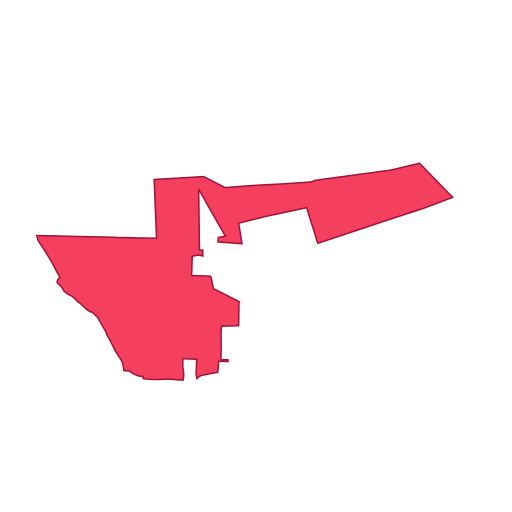 San Sebastián Abasolo, Oaxaca, Mexico, rotated 164°
{"feature_id": "50627088B24853536589407", "entity_name": "San Sebastián Abasolo", "entity_type": "district", "adm_level": 2, "iso_a3": "MEX", "parent_name": "Mexico", "parent_adm1": "Oaxaca", "projection": "mercator", "projection_center": [-96.592, 16.987], "detail": "fine", "context": "isolated", "style": "filled", "palette": "rose", "viewbox_px": 512, "rotation_deg": 164, "n_neighbors": 0, "source": "geoboundaries", "source_scale": "gbopen_adm2", "svg_char_len": 3012}
<svg xmlns="http://www.w3.org/2000/svg" viewBox="0 0 512 512"><g transform="rotate(164 256 256)"><path d="M193.1,251.2L187.2,251.4L121.9,254.2L82.7,255.6L50.8,258.2L73.3,300.1L102.5,301.4L178.0,312.4L182.8,312.0L208.9,317.6L235.3,323.7L236.8,324.0L239.8,324.7L247.4,326.3L266.8,330.3L284.5,346.8L332.8,357.6L334.9,348.8L339.3,331.1L341.6,321.4L343.8,312.6L345.9,303.7L346.7,300.5L347.2,300.6L347.8,300.8L348.5,301.0L349.3,301.2L350.0,301.5L350.9,301.7L351.5,301.9L352.2,302.1L352.9,302.4L353.8,302.6L354.5,302.9L355.4,303.1L355.9,303.3L356.5,303.5L357.0,303.6L357.9,303.9L358.4,304.0L358.5,304.1L358.9,304.2L359.4,304.4L360.4,304.7L361.0,304.8L361.6,305.0L362.3,305.2L362.9,305.4L363.5,305.6L364.1,305.8L365.3,306.2L365.8,306.3L366.6,306.6L367.4,306.8L368.2,307.1L368.9,307.3L369.0,307.4L369.8,307.6L370.6,307.9L371.6,308.2L372.7,308.5L373.5,308.8L374.2,309.0L375.0,309.2L375.6,309.4L376.2,309.6L376.3,309.6L376.8,309.8L377.7,310.0L378.4,310.3L379.1,310.5L380.3,310.8L381.3,311.1L382.0,311.3L382.5,311.5L382.9,311.6L391.6,314.5L399.6,317.0L408.1,319.6L415.6,321.9L422.6,324.1L440.1,329.6L461.1,336.1L461.2,330.9L459.9,326.7L458.3,321.8L455.1,310.6L453.6,304.4L451.8,295.6L450.4,290.5L450.8,289.5L453.5,287.5L454.3,286.1L454.4,284.5L453.2,283.2L452.5,281.5L451.2,279.0L450.8,277.7L450.2,275.0L449.5,274.1L447.9,271.7L445.8,269.8L444.2,268.4L443.2,266.8L441.7,264.9L440.9,262.9L439.7,260.9L437.6,258.3L435.4,254.3L432.9,250.5L431.1,248.5L428.1,246.2L426.4,242.7L425.2,241.0L423.8,234.9L421.3,224.9L421.0,220.8L419.4,214.5L417.3,202.8L415.8,198.2L414.1,192.5L413.8,188.8L414.3,184.0L414.7,182.5L414.1,182.0L411.7,181.2L409.8,180.6L409.2,179.7L406.8,177.0L404.6,175.1L402.8,173.6L402.1,173.1L400.4,172.3L397.7,171.3L398.3,169.2L396.5,168.5L393.9,167.5L392.4,166.9L390.9,166.4L388.9,165.7L386.4,164.9L383.9,164.2L382.8,163.8L382.0,163.7L381.8,163.8L380.9,163.5L378.8,163.0L377.3,162.6L375.9,162.2L374.6,161.9L373.5,161.6L372.9,161.4L371.8,161.0L371.1,160.7L370.6,160.6L370.3,160.5L369.8,160.3L368.2,159.6L366.1,158.8L364.7,158.3L363.8,158.0L361.5,157.2L360.8,157.0L360.3,156.8L359.6,158.2L359.2,159.0L358.6,160.6L358.2,161.8L357.9,162.7L357.7,163.6L357.5,165.1L357.1,168.2L356.4,171.5L355.5,174.5L354.6,177.4L353.4,177.0L350.7,176.1L348.5,175.4L343.6,173.8L341.4,173.0L341.5,172.8L342.6,169.5L344.6,163.7L346.2,158.8L346.4,157.5L346.4,154.4L346.0,154.8L344.3,155.6L342.0,156.2L336.8,155.9L329.1,155.2L325.7,154.8L324.9,154.7L322.0,161.6L321.4,164.0L320.7,165.0L312.0,162.2L311.6,163.5L311.5,164.0L311.9,164.1L318.0,165.8L318.2,166.0L318.4,166.5L317.6,168.2L315.3,175.8L315.0,176.8L314.9,177.1L313.1,183.3L311.9,188.0L311.7,188.6L310.0,194.2L308.5,198.1L301.9,196.3L291.9,193.8L291.7,194.3L285.0,216.6L284.7,216.7L305.9,236.4L305.0,248.1L305.9,249.4L323.3,254.9L317.3,273.4L310.2,272.5L307.1,270.6L305.6,276.3L308.7,277.2L292.7,336.0L287.1,312.6L280.0,283.5L287.1,284.2L288.7,280.0L266.1,271.6L263.6,292.3L236.3,291.4L194.0,288.5L193.3,259.3L193.1,251.2Z" fill="#f43f5e" stroke="#9f1239" stroke-width="1.5"/></g></svg>